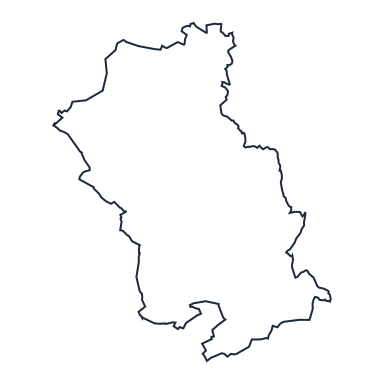 the district of Newbridge Lea-6, Kildare, Ireland
{"feature_id": "5873133B31018509161138", "entity_name": "Newbridge Lea-6", "entity_type": "district", "adm_level": 2, "iso_a3": "IRL", "parent_name": "Ireland", "parent_adm1": "Kildare", "projection": "mercator", "projection_center": [-6.718, 53.161], "detail": "fine", "context": "isolated", "style": "outline", "palette": "slate", "viewbox_px": 384, "rotation_deg": 0, "n_neighbors": 0, "source": "geoboundaries", "source_scale": "gbopen_adm2", "svg_char_len": 3626}
<svg xmlns="http://www.w3.org/2000/svg" viewBox="0 0 384 384"><path d="M116.6,45.4L115.5,50.1L105.4,59.1L106.8,73.2L102.7,90.6L86.0,100.3L72.4,101.8L70.7,107.0L67.0,111.4L64.6,110.5L61.5,113.0L59.8,110.9L58.8,110.7L57.9,114.3L62.4,117.7L55.2,124.1L54.7,123.3L53.3,125.4L57.0,127.7L59.5,130.3L64.4,132.2L67.8,134.2L80.1,151.6L81.8,152.6L81.6,153.4L84.6,160.3L89.6,167.4L89.7,170.2L84.6,171.6L83.0,172.6L80.0,176.4L79.3,179.3L93.8,187.3L93.8,188.6L98.9,193.5L101.4,197.5L105.9,201.2L111.0,203.8L114.3,201.9L119.7,207.5L121.1,208.1L124.3,211.5L126.6,211.3L120.4,214.9L121.4,217.6L120.7,218.0L120.6,219.2L121.6,221.7L120.2,230.2L121.8,230.4L123.4,231.3L127.3,235.3L128.7,235.7L132.1,241.3L139.7,245.1L139.3,245.6L139.0,248.6L139.1,253.3L139.7,253.4L138.8,256.7L138.8,262.2L136.4,277.0L139.8,291.5L141.8,293.5L142.3,297.2L142.0,299.8L145.2,306.6L138.6,311.8L139.9,315.0L141.8,316.7L142.4,318.3L142.7,317.7L154.4,323.3L159.8,323.8L165.2,323.4L165.8,324.0L172.7,322.3L175.4,322.6L173.7,326.2L177.9,329.1L179.6,327.1L183.3,328.4L186.0,323.0L197.3,315.3L201.0,313.8L199.0,309.1L195.2,308.2L192.4,306.7L190.4,306.9L189.8,305.2L193.5,303.3L205.6,301.2L218.6,304.0L218.7,305.8L223.2,317.6L225.3,319.6L218.5,324.6L212.3,330.0L213.9,336.3L213.4,336.8L211.4,336.8L211.1,338.4L211.7,339.1L202.1,343.6L206.0,350.6L202.7,353.7L204.9,356.8L206.9,361.0L210.9,357.8L221.9,353.2L224.6,354.1L227.3,356.6L231.0,353.9L234.4,354.4L236.5,353.9L249.0,346.8L251.8,339.5L260.8,339.4L266.5,338.0L268.0,338.6L268.7,335.4L271.6,330.3L272.7,325.8L277.4,327.3L280.4,323.5L283.7,321.8L299.4,319.8L309.5,319.9L312.7,309.1L312.6,303.5L313.6,299.7L315.0,296.9L318.2,297.7L319.5,299.8L323.8,300.4L325.0,299.6L326.9,301.1L328.9,301.0L329.9,301.6L330.7,299.5L330.1,295.7L329.7,294.5L328.3,293.3L328.8,291.8L328.3,291.0L323.8,288.6L319.3,287.7L317.4,286.3L313.6,277.6L309.3,274.0L307.2,270.5L305.6,270.4L303.4,271.8L301.2,272.5L297.4,276.9L295.4,277.7L292.2,267.8L292.0,265.1L293.0,259.8L292.3,255.2L291.7,256.2L290.1,255.8L288.6,254.1L286.2,252.5L287.1,251.1L290.1,249.2L294.8,242.4L296.2,238.5L300.4,233.1L301.6,229.3L304.2,225.2L303.9,223.2L305.5,213.2L305.0,212.9L303.9,215.1L302.4,216.4L299.9,212.0L295.2,211.8L289.9,212.9L291.1,211.0L291.3,207.1L289.7,206.7L288.3,205.0L286.0,200.5L285.8,198.1L283.6,196.3L283.4,194.1L282.1,190.2L280.8,182.2L281.9,178.6L281.8,175.0L280.8,170.5L279.6,170.6L280.3,167.0L279.9,165.0L278.6,162.7L278.5,159.8L277.8,157.8L277.7,153.6L277.0,152.0L274.8,149.5L271.8,149.0L270.1,149.3L267.7,147.1L265.6,147.6L263.3,149.2L262.3,148.8L259.5,145.7L257.2,147.9L254.8,146.3L253.1,146.1L249.2,147.0L248.4,146.6L245.7,147.5L245.0,147.2L243.8,146.0L245.4,141.8L245.3,137.5L244.3,133.2L242.6,132.8L242.4,133.4L241.9,133.3L241.4,131.2L240.4,130.9L238.1,128.2L238.6,126.9L238.0,125.3L234.5,122.6L233.4,120.5L231.8,120.6L227.6,116.9L223.0,115.3L221.5,113.4L220.3,105.3L226.6,99.7L225.7,97.0L227.4,95.1L228.0,91.1L225.2,87.5L221.6,85.9L222.9,82.5L222.6,82.1L224.7,82.4L226.9,83.9L229.4,84.6L229.8,84.2L226.9,74.7L226.6,70.5L225.2,69.0L227.8,66.5L227.3,65.2L230.4,64.6L231.7,63.7L232.5,61.2L230.9,56.7L228.3,52.5L228.1,50.9L228.9,49.9L235.4,45.7L234.4,44.9L233.0,41.4L233.6,37.5L231.9,34.1L232.3,32.7L229.0,33.7L228.5,36.0L225.3,35.8L222.7,32.7L221.2,31.9L220.6,30.7L221.4,24.6L221.1,23.9L217.6,24.2L214.9,23.7L206.5,25.3L206.8,32.7L206.1,32.8L196.2,26.6L193.6,23.0L190.4,24.2L190.1,26.3L187.3,25.8L182.7,27.7L181.6,31.2L186.8,35.0L185.0,39.3L184.6,43.9L183.9,44.7L177.7,42.1L167.0,48.0L165.1,47.6L162.1,45.7L160.6,49.6L159.5,49.6L154.5,49.1L138.6,46.1L126.6,42.1L123.5,39.9L117.3,43.4L116.6,45.4Z" fill="none" stroke="#1e293b" stroke-width="2"/></svg>